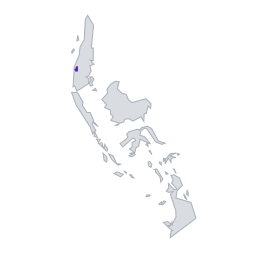 Lebong, Bengkulu, Indonesia shown in context, rotated 51°
{"feature_id": "22746128B6914990948320", "entity_name": "Lebong", "entity_type": "district", "adm_level": 2, "iso_a3": "IDN", "parent_name": "Indonesia", "parent_adm1": "Bengkulu", "projection": "albers", "projection_center": [102.228, -3.053], "detail": "fine", "context": "in_parent", "style": "filled", "palette": "violet", "viewbox_px": 256, "rotation_deg": 51, "n_neighbors": 0, "source": "geoboundaries", "source_scale": "gbopen_adm2", "svg_char_len": 4423}
<svg xmlns="http://www.w3.org/2000/svg" viewBox="0 0 256 256"><g transform="rotate(51 128 128)"><path d="M86.5,105.8L90.8,111.6L97.3,110.9L100.6,108.2L106.3,109.9L110.7,108.9L116.6,95.5L123.7,94.9L127.0,98.1L123.4,98.4L128.3,104.8L126.9,106.3L132.8,111.5L127.5,110.8L125.6,120.0L121.5,121.3L119.2,124.9L120.6,127.5L119.0,131.6L111.3,136.6L109.6,132.0L106.4,133.0L103.1,130.4L97.3,133.4L96.5,130.1L89.4,130.5L88.2,122.1L84.6,119.8L83.1,114.0L83.8,108.4L86.5,105.8ZM15.1,88.5L26.6,90.2L41.4,104.9L43.2,106.1L44.0,104.6L53.8,112.8L51.5,114.6L57.0,114.3L55.8,118.5L60.4,120.8L62.8,126.0L61.8,128.5L65.5,127.4L68.7,131.0L67.2,144.4L61.7,142.9L61.5,144.8L46.7,131.3L40.4,119.8L34.7,114.0L31.9,106.5L16.8,92.9L15.1,88.5ZM240.9,132.0L239.8,164.1L235.2,159.4L235.8,158.0L229.7,159.4L230.8,156.2L229.2,154.5L229.8,154.3L230.7,154.4L231.3,154.3L228.5,152.9L229.8,152.6L227.4,146.7L222.3,142.9L206.2,136.8L205.7,133.0L203.4,137.1L201.0,137.9L200.3,134.1L196.5,131.5L205.1,130.9L206.2,128.4L198.3,128.8L196.5,125.4L191.9,124.6L193.3,121.8L198.9,119.5L206.7,121.7L207.6,129.4L212.6,134.8L225.5,125.9L240.9,132.0ZM162.0,112.0L156.3,115.2L140.6,113.9L138.7,115.1L138.0,119.2L140.9,123.2L145.4,120.6L154.6,120.6L144.3,125.8L148.8,131.0L148.5,134.5L151.5,138.3L145.2,140.0L145.4,136.7L141.8,133.9L142.7,130.1L140.7,129.6L138.8,131.0L139.4,144.0L135.1,144.1L135.5,136.3L134.8,133.7L131.9,133.1L131.5,129.7L135.2,120.8L136.9,120.6L136.3,116.8L139.1,111.6L143.2,110.0L157.2,112.6L163.2,108.6L162.0,112.0ZM68.8,144.9L79.9,146.8L81.5,149.3L90.1,150.1L92.2,147.6L100.5,150.1L102.8,153.7L109.7,154.5L109.5,157.5L110.5,159.3L104.0,156.8L77.8,153.9L64.7,149.4L68.8,144.9ZM176.1,113.0L180.9,109.5L178.7,113.6L181.7,116.2L176.8,115.7L179.3,121.7L175.7,118.4L174.6,111.5L177.7,106.4L176.1,113.0ZM177.9,131.4L189.6,133.0L190.6,136.6L186.0,133.8L179.4,134.3L177.6,132.8L176.4,134.4L177.9,131.4ZM150.7,159.1L142.1,160.5L136.1,159.3L140.1,157.1L148.4,159.2L151.4,156.6L150.7,159.1ZM126.1,156.4L131.8,157.2L132.8,159.1L121.3,160.6L123.1,157.5L127.1,159.3L128.4,158.6L126.1,156.4ZM161.1,160.9L161.3,164.5L154.7,167.5L155.1,164.1L161.1,160.9ZM68.7,123.9L70.3,127.9L72.5,128.4L71.7,130.9L68.5,129.7L67.4,126.5L64.2,125.8L65.8,123.5L68.7,123.9ZM228.0,159.5L223.6,159.9L225.9,155.9L229.3,155.2L230.3,156.7L228.0,159.5ZM137.0,162.6L139.7,164.4L140.8,166.3L138.1,166.9L131.9,163.2L137.0,162.6ZM171.3,132.3L173.1,135.0L170.4,135.9L167.3,133.9L167.5,132.3L171.3,132.3ZM109.9,156.3L116.0,157.6L113.2,159.7L109.9,156.3ZM119.4,156.6L120.3,160.0L116.7,159.4L119.4,156.6ZM79.4,129.1L76.4,131.6L76.7,128.4L79.4,129.1ZM208.9,144.9L209.5,149.2L208.2,149.3L207.1,146.2L208.9,144.9ZM108.1,150.3L103.4,151.6L101.4,150.8L108.1,150.3ZM153.0,139.1L153.0,143.0L150.3,144.6L151.4,139.4L153.0,139.1ZM24.4,108.7L28.6,110.9L28.1,112.9L24.4,108.7ZM34.7,124.5L33.1,123.6L32.3,120.5L33.6,120.4L34.7,124.5ZM192.6,157.1L191.8,155.5L194.3,152.8L194.2,155.3L192.6,157.1ZM188.9,117.9L193.7,119.1L188.3,118.5L188.9,117.9ZM159.4,125.0L163.8,126.2L158.9,126.0L159.4,125.0ZM150.9,141.0L148.5,142.9L150.7,139.4L150.9,141.0ZM213.7,121.4L216.2,121.9L218.5,123.8L216.2,124.1L213.7,121.4ZM170.5,154.9L168.8,156.2L165.5,156.3L166.4,154.8L170.5,154.9ZM208.6,149.9L207.5,151.8L206.4,151.7L206.6,148.6L208.6,149.9ZM177.8,125.4L174.9,125.7L174.1,125.0L175.4,123.7L177.8,125.4ZM214.0,126.1L217.6,126.5L220.9,127.3L217.6,127.7L214.0,126.1ZM152.0,122.5L154.9,123.9L151.9,124.5L152.0,122.5ZM180.6,106.3L178.6,105.9L180.6,104.5L180.6,106.3ZM158.5,158.3L161.8,157.2L162.2,157.9L158.5,158.3ZM188.7,125.8L188.1,127.6L185.6,126.6L186.9,126.1L188.7,125.8ZM119.3,134.7L118.0,135.9L119.1,132.2L119.3,134.7ZM175.1,118.7L176.6,121.2L176.0,121.5L173.8,119.6L175.1,118.7Z" fill="#d9dde1" stroke="#a8b0b8" stroke-width="1"/><path d="M50.6,132.4L50.7,132.2L50.8,132.3L50.9,132.2L51.0,132.1L50.9,132.1L51.0,132.1L51.1,131.9L51.2,131.7L51.2,131.4L51.2,131.2L51.1,130.9L50.9,130.8L50.8,130.7L50.7,130.7L50.6,130.8L50.4,130.8L50.2,130.8L50.2,130.7L49.9,130.6L49.9,130.4L49.9,130.2L49.7,130.1L49.5,129.9L49.4,129.9L49.4,129.7L49.2,129.5L49.1,129.4L48.9,129.3L48.8,129.2L48.7,129.2L48.4,129.2L48.4,129.3L48.5,129.4L48.5,129.5L48.8,129.7L48.8,129.8L48.8,130.0L48.9,130.3L49.0,130.4L49.1,130.5L49.3,130.6L49.2,130.6L49.3,130.7L49.3,130.8L49.4,131.0L49.4,131.3L49.4,131.5L49.5,131.4L49.6,131.5L49.8,131.6L50.0,131.8L50.2,132.0L50.1,132.3L50.3,132.3L50.5,132.3L50.6,132.4Z" fill="#8b5cf6" stroke="#5b21b6" stroke-width="1.5"/></g></svg>